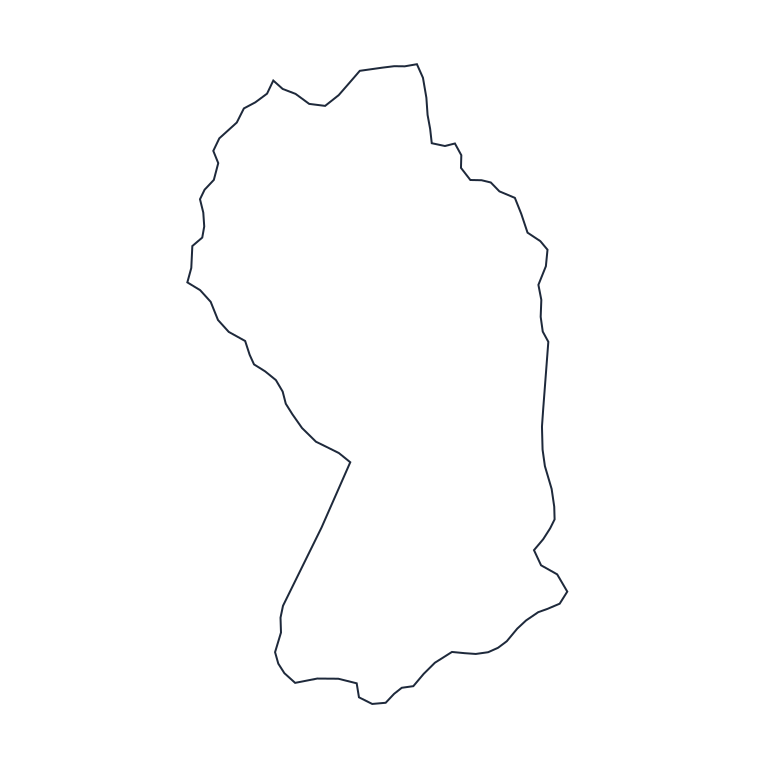 Jaci, São Paulo, Brazil, rotated 172°
{"feature_id": "56859067B21928825243135", "entity_name": "Jaci", "entity_type": "district", "adm_level": 2, "iso_a3": "BRA", "parent_name": "Brazil", "parent_adm1": "São Paulo", "projection": "natural_earth1", "projection_center": [-49.579, -20.942], "detail": "fine", "context": "isolated", "style": "outline", "palette": "slate", "viewbox_px": 768, "rotation_deg": 172, "n_neighbors": 0, "source": "geoboundaries", "source_scale": "gbopen_adm2", "svg_char_len": 1513}
<svg xmlns="http://www.w3.org/2000/svg" viewBox="0 0 768 768"><g transform="rotate(172 384 384)"><path d="M564.6,512.0L553.0,502.5L544.2,489.5L539.5,470.5L530.5,457.2L515.5,445.9L513.0,431.7L510.0,421.5L500.0,413.1L490.5,402.9L485.4,390.6L484.0,378.1L478.9,366.7L471.3,351.8L459.4,336.3L449.8,329.8L438.3,321.9L428.3,311.2L465.8,250.6L514.9,178.4L519.0,167.0L520.6,152.2L529.2,133.6L527.6,121.8L522.9,111.5L513.6,100.4L491.1,101.6L470.3,98.5L452.7,91.4L452.4,77.2L440.2,68.8L426.7,68.1L417.1,75.8L408.7,80.7L397.0,80.7L385.1,91.4L372.4,100.9L354.0,109.2L341.5,106.2L330.7,103.9L318.2,103.9L307.8,106.9L298.2,112.2L286.1,123.2L276.2,130.1L263.0,136.6L253.7,138.5L240.6,142.0L231.4,152.9L239.0,171.4L253.7,182.6L258.6,198.6L248.0,208.1L239.6,217.9L233.9,226.2L232.5,238.8L232.6,256.7L236.1,280.3L236.1,297.0L233.5,319.8L230.0,336.3L215.4,402.9L219.5,413.8L219.5,428.7L216.5,445.4L217.3,460.7L207.3,478.1L203.4,494.2L209.3,503.7L220.8,513.9L224.4,533.4L228.5,550.1L242.9,558.7L250.2,568.7L259.0,572.2L270.1,574.0L277.7,587.3L275.6,599.8L280.3,612.3L290.6,611.2L303.2,615.8L302.8,630.2L303.4,644.4L302.2,661.6L302.8,681.8L306.9,696.1L319.2,695.7L329.7,697.3L341.5,697.5L364.4,697.5L372.6,690.3L388.6,676.4L403.6,667.6L419.1,671.8L431.2,683.6L443.3,690.3L451.4,699.9L459.4,687.8L472.3,680.8L484.4,676.4L493.4,663.4L512.9,650.2L520.6,638.6L517.4,625.8L524.1,609.8L534.6,601.4L540.5,592.6L539.1,578.9L540.1,565.0L543.6,554.3L554.6,547.3L558.7,525.7L564.6,512.0Z" fill="none" stroke="#1e293b" stroke-width="2"/></g></svg>